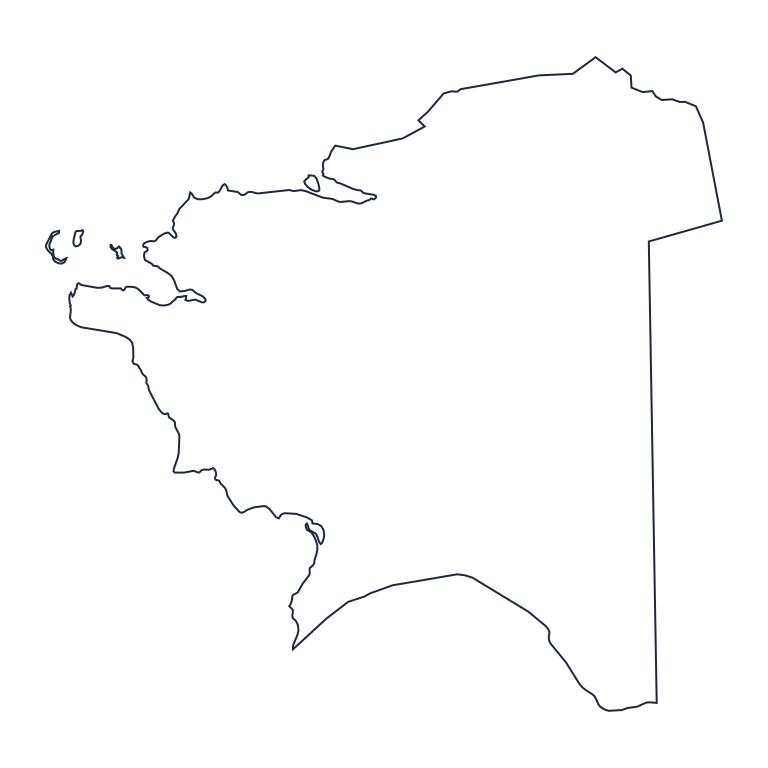 the Region of Mangghystau
{"feature_id": "KAZ-3236", "entity_name": "Mangghystau", "entity_type": "Region", "adm_level": 1, "iso_a3": "KAZ", "parent_name": "Kazakhstan", "parent_adm1": "", "projection": "robinson", "projection_center": [52.321, 43.87], "detail": "fine", "context": "isolated", "style": "outline", "palette": "slate", "viewbox_px": 768, "rotation_deg": 0, "n_neighbors": 0, "source": "natural_earth", "source_scale": "10m", "svg_char_len": 6038}
<svg xmlns="http://www.w3.org/2000/svg" viewBox="0 0 768 768"><path d="M608.6,710.8L605.4,709.8L602.5,708.3L600.4,706.8L598.6,704.7L595.6,698.3L594.4,696.2L592.7,694.5L586.2,690.4L582.6,687.5L579.4,683.9L566.0,662.4L550.4,643.4L549.3,641.1L548.8,638.6L548.9,635.9L549.3,633.7L549.3,631.6L548.2,629.1L545.8,626.2L528.3,611.6L472.5,577.7L465.0,575.3L457.3,574.3L392.5,585.3L370.0,593.4L364.3,596.6L348.3,601.8L326.5,618.5L293.0,649.3L292.8,646.8L293.6,644.0L297.5,634.8L298.5,630.0L297.8,625.0L296.7,622.4L295.4,620.3L293.4,618.7L292.6,617.6L292.3,616.0L292.9,611.7L292.9,610.4L292.3,609.3L289.3,606.1L290.5,604.3L291.4,602.0L292.0,599.4L292.2,597.1L292.8,595.1L297.8,592.4L302.8,583.5L308.9,575.6L309.5,574.4L309.7,572.9L309.6,568.9L310.0,567.9L313.1,565.1L313.9,563.9L314.2,562.9L314.6,559.7L316.3,554.7L317.3,550.0L317.3,545.5L316.0,540.7L313.4,535.3L311.4,532.5L307.0,529.9L305.8,527.1L305.8,524.4L306.9,523.5L307.6,524.8L308.4,527.5L309.5,530.0L316.0,533.8L316.5,534.7L316.8,536.3L317.3,536.4L318.8,540.9L319.8,543.2L320.8,544.1L321.9,543.1L323.0,540.6L323.9,537.6L324.2,535.1L323.4,529.6L321.0,525.9L317.3,523.9L312.5,523.5L312.0,520.4L306.8,517.4L296.3,513.9L284.8,513.2L283.5,513.5L281.0,514.8L278.9,518.3L276.2,517.3L269.4,508.9L265.6,506.2L263.2,506.1L254.3,507.3L247.5,509.7L243.8,512.1L241.5,512.8L239.4,511.9L233.5,505.4L228.3,497.2L227.3,495.3L226.3,490.6L225.2,488.2L220.4,483.2L219.1,480.6L216.3,480.0L215.4,479.5L214.9,477.9L215.9,475.8L216.2,474.4L215.8,472.0L214.7,469.5L213.0,468.0L209.0,469.8L204.0,469.5L201.6,470.1L199.5,472.3L198.5,472.6L193.6,470.8L184.2,472.6L174.8,472.6L173.5,471.4L173.9,468.5L177.6,458.3L178.7,453.0L179.4,436.5L178.9,433.9L175.3,427.0L174.8,421.9L173.2,420.2L169.2,417.5L168.4,415.4L168.1,413.6L167.2,413.4L165.0,414.1L162.9,413.5L161.5,412.4L158.8,409.0L149.6,391.4L148.8,389.2L148.2,385.8L146.4,383.1L146.6,379.2L146.4,378.0L145.6,376.6L142.6,374.1L142.0,373.0L141.2,370.7L139.7,368.5L138.4,366.1L137.5,365.0L136.4,364.5L134.1,363.9L133.3,363.2L132.5,361.5L133.4,357.7L133.1,347.2L132.1,342.6L129.5,339.4L125.5,336.8L116.9,333.2L81.4,327.3L76.9,325.4L74.7,324.1L72.5,322.3L70.7,320.0L70.0,317.3L70.7,311.6L70.8,308.9L70.1,306.5L70.8,305.6L69.8,303.3L69.3,299.2L69.6,295.1L71.0,292.7L72.6,296.4L74.0,294.7L75.1,291.2L75.4,289.3L76.6,288.6L76.9,285.4L77.2,284.1L78.5,283.2L79.4,283.5L81.4,285.0L97.2,287.8L102.0,287.6L106.8,286.0L109.3,286.0L110.3,288.0L111.9,288.4L120.7,288.4L122.2,289.9L123.3,290.4L124.5,289.7L125.6,287.5L126.1,286.9L127.3,286.7L132.5,286.9L135.1,287.4L137.3,288.4L140.8,291.4L143.8,294.8L144.8,295.4L147.3,295.0L148.3,295.3L149.0,296.3L148.7,297.1L147.9,297.7L146.9,297.9L148.5,300.0L151.2,301.6L159.3,305.0L162.2,305.5L165.2,305.4L168.2,304.7L170.5,303.6L175.9,298.7L176.6,297.5L177.3,297.0L180.4,297.0L184.8,296.0L186.3,296.1L185.5,300.1L188.4,300.9L195.3,299.6L202.1,302.4L204.3,302.2L205.7,300.6L205.2,298.8L203.7,297.2L202.3,296.1L196.2,293.1L192.1,289.8L189.8,289.5L184.9,290.9L180.1,291.5L177.3,289.2L173.9,279.8L171.6,276.1L168.2,273.3L160.2,268.6L157.7,266.3L154.1,265.9L153.0,265.5L152.6,264.7L151.5,263.6L145.1,260.0L144.3,257.9L144.0,255.0L144.6,252.5L147.1,250.9L147.5,249.9L147.5,248.7L147.2,247.9L146.1,247.2L143.5,246.8L143.1,245.3L144.0,243.4L146.4,242.1L149.0,241.3L151.0,241.0L153.5,241.3L154.7,241.1L156.1,240.2L158.0,237.6L159.0,236.8L163.3,234.1L165.8,233.0L168.0,232.6L169.7,233.6L173.4,237.5L175.6,237.7L176.5,236.1L175.9,233.7L173.1,229.5L172.7,228.2L174.2,224.1L174.1,223.2L172.9,220.7L174.8,216.9L177.8,212.8L178.4,210.9L179.4,208.9L188.3,199.5L189.2,197.5L189.6,194.8L190.2,192.4L191.6,193.5L194.3,197.7L198.0,199.3L203.0,199.2L208.0,198.0L211.5,196.0L214.6,193.0L215.5,192.5L217.7,192.6L218.7,192.1L220.2,190.0L222.7,185.4L224.6,184.1L225.8,185.2L226.9,186.9L227.7,188.8L228.0,190.5L236.6,191.8L238.2,192.3L240.9,194.7L242.8,195.2L244.6,194.7L247.8,192.3L249.7,191.8L252.0,192.0L256.1,193.2L258.3,193.4L289.3,190.0L293.6,191.1L301.0,190.1L305.7,191.1L322.6,197.6L332.7,199.0L337.7,201.3L340.2,202.0L349.4,201.1L352.1,201.5L357.6,203.4L360.1,203.6L362.2,203.0L366.4,200.8L369.3,200.0L371.1,198.5L373.9,199.4L375.4,198.2L376.1,197.2L375.9,196.0L374.1,194.9L363.5,193.1L361.4,190.9L360.4,190.4L357.4,190.1L352.8,188.8L340.1,183.3L337.6,182.8L336.7,182.3L334.1,179.5L333.2,179.1L329.5,178.6L324.6,176.7L322.9,175.6L323.4,174.0L322.3,172.0L322.5,171.0L323.3,169.7L323.4,168.7L322.9,166.7L323.0,163.8L323.6,161.5L324.7,160.0L326.6,159.5L328.3,158.6L329.4,156.3L331.1,151.8L335.2,145.6L352.9,149.2L402.7,138.4L424.7,126.5L418.4,120.3L427.7,112.0L443.6,93.5L451.5,91.3L457.2,91.7L460.6,89.2L538.7,75.4L572.9,73.8L595.6,57.2L615.6,72.4L622.4,68.7L630.8,75.6L631.5,87.6L642.6,92.1L652.4,91.1L655.9,96.5L661.8,100.0L672.1,99.3L679.9,102.0L684.9,101.8L695.9,106.3L703.1,122.5L721.9,220.7L648.8,241.5L656.7,702.9L649.7,702.3L646.2,702.6L637.1,706.7L627.6,708.0L621.6,710.1L608.6,710.8ZM318.4,183.8L319.3,188.0L319.3,190.5L316.8,191.5L311.9,189.9L307.9,187.1L305.2,184.1L304.2,181.4L305.7,179.6L308.4,177.6L308.8,176.7L308.5,175.8L309.0,175.3L312.6,175.6L314.6,176.1L316.4,178.3L318.4,183.8ZM64.5,262.1L61.7,263.6L58.5,263.3L55.3,261.7L53.8,260.3L53.3,259.2L53.2,257.8L52.6,255.7L51.6,254.0L47.9,250.5L46.1,247.5L46.1,244.8L51.8,233.6L52.9,232.6L54.5,231.9L59.1,230.9L58.9,233.0L53.0,236.0L51.4,238.9L51.1,240.7L49.6,243.8L49.3,245.8L49.6,247.8L50.5,249.5L51.8,250.3L53.3,249.7L53.3,252.8L53.6,255.9L54.8,258.1L58.2,259.4L60.1,260.8L61.6,260.8L64.9,258.6L66.4,258.2L64.5,262.1ZM73.7,239.5L75.5,231.9L76.7,231.0L80.8,230.9L82.3,230.1L82.7,230.2L83.2,231.7L82.3,234.3L81.6,235.4L80.8,235.9L80.4,236.7L81.1,241.4L80.2,244.1L78.1,245.9L75.8,246.4L74.1,245.3L73.3,242.5L73.7,239.5ZM121.6,253.8L124.0,257.7L121.8,257.3L120.5,257.6L119.1,258.4L117.6,258.6L117.2,257.8L118.1,256.5L118.1,255.8L117.1,255.4L116.7,254.7L117.2,253.4L116.5,251.9L112.0,249.1L110.5,246.9L110.7,244.9L111.5,244.9L112.2,246.7L113.8,248.4L115.7,248.9L117.2,248.2L118.7,246.5L119.3,246.6L120.0,248.1L120.7,248.2L121.4,249.6L121.6,253.8Z" fill="none" stroke="#1e293b" stroke-width="2"/></svg>